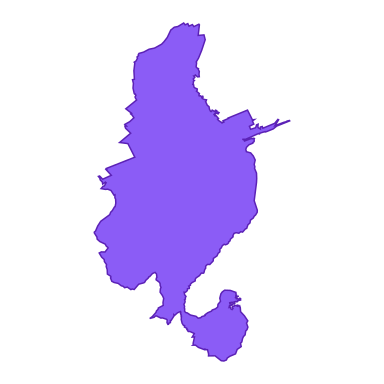 Brasov, Brasov, Romania (Natural Earth projection)
{"feature_id": "2599482B43115927474837", "entity_name": "Brasov", "entity_type": "district", "adm_level": 2, "iso_a3": "ROU", "parent_name": "Romania", "parent_adm1": "Brasov", "projection": "natural_earth1", "projection_center": [25.605, 45.626], "detail": "fine", "context": "isolated", "style": "filled", "palette": "violet", "viewbox_px": 384, "rotation_deg": 0, "n_neighbors": 0, "source": "geoboundaries", "source_scale": "gbopen_adm2", "svg_char_len": 6044}
<svg xmlns="http://www.w3.org/2000/svg" viewBox="0 0 384 384"><path d="M244.4,315.8L240.6,311.7L240.3,307.7L239.7,305.9L239.2,306.4L238.3,305.7L237.5,306.2L237.1,305.6L237.6,305.2L237.2,305.1L236.8,305.9L234.5,305.2L234.0,306.3L232.4,306.2L232.5,307.7L233.0,308.5L232.1,309.6L230.8,308.8L230.7,307.7L230.0,307.6L230.0,307.0L229.4,307.2L229.8,306.5L229.3,306.5L229.6,305.3L230.8,305.4L233.0,304.1L231.5,304.3L231.2,303.8L229.8,303.4L229.7,302.7L232.2,302.2L233.8,303.8L234.9,303.1L234.2,301.8L236.3,301.4L236.9,301.9L237.7,301.4L237.8,300.6L240.6,300.1L240.6,298.6L239.8,298.2L238.5,299.3L237.3,298.5L236.6,298.7L236.7,297.6L234.9,297.9L238.8,296.1L236.1,296.5L236.3,295.9L235.8,296.1L235.8,295.6L236.2,294.0L235.8,293.5L235.9,292.4L230.3,290.4L224.6,290.2L222.2,292.0L220.9,293.8L219.8,298.2L220.5,301.3L218.0,304.3L217.7,307.0L215.5,308.8L212.2,310.0L211.5,311.1L207.8,312.7L205.0,314.7L205.2,315.4L204.8,315.7L201.8,316.6L200.7,317.7L198.2,318.2L196.0,316.3L190.4,315.0L187.3,312.9L185.9,312.6L184.6,311.4L184.7,308.8L184.3,308.0L184.6,306.4L183.9,304.3L184.9,302.6L185.1,301.1L184.5,299.8L185.4,299.1L185.3,297.8L186.0,296.4L184.7,294.8L184.1,292.2L185.3,292.3L186.6,291.4L187.4,290.2L187.5,288.7L189.3,288.5L189.4,287.2L188.7,286.1L190.4,285.3L190.3,284.3L192.0,282.6L195.2,280.9L195.2,279.3L196.1,277.9L199.5,275.6L201.3,273.1L203.4,273.2L203.9,272.8L204.7,269.6L205.7,268.2L205.6,266.5L206.2,265.5L207.5,264.4L209.8,264.5L213.2,260.9L213.4,258.4L217.0,255.9L218.2,253.2L219.6,252.2L220.0,251.0L219.7,249.4L221.3,247.8L222.3,245.7L224.1,244.3L225.5,244.8L227.4,244.0L228.6,242.8L228.7,241.8L230.0,240.9L230.4,239.2L233.1,236.8L232.8,236.0L234.0,233.4L236.1,232.7L238.9,233.2L240.7,231.7L242.6,232.1L245.4,228.9L246.7,228.4L247.9,224.8L250.0,222.9L250.4,220.2L253.3,218.0L254.2,216.2L255.6,215.0L257.2,212.3L257.3,210.2L254.2,200.7L256.5,182.5L256.7,178.5L256.5,173.1L254.5,168.2L254.9,166.9L254.2,164.5L255.2,160.0L253.3,156.0L250.7,152.9L246.4,151.7L245.8,149.3L246.5,147.3L248.9,144.8L252.8,143.2L252.7,142.7L253.8,141.9L254.2,141.2L254.1,139.2L254.4,138.5L253.8,138.2L252.2,138.8L251.9,138.3L244.5,141.0L243.9,139.7L242.3,139.3L245.6,139.3L257.4,134.0L258.7,133.6L259.2,134.0L259.6,133.8L259.5,133.3L265.0,131.6L265.2,132.0L266.6,131.6L273.3,128.9L276.7,126.1L289.7,120.9L289.5,120.5L287.2,121.0L284.7,122.4L284.4,122.1L275.0,125.6L278.6,119.8L277.9,119.4L274.7,123.3L262.9,128.2L262.3,126.5L260.4,127.0L260.4,129.0L258.2,127.7L257.9,126.8L258.1,124.2L256.5,124.9L256.0,126.8L255.4,127.8L250.6,129.3L249.4,126.3L253.8,124.1L252.4,121.0L254.3,119.6L252.7,119.8L252.2,119.4L247.5,110.1L228.2,118.0L228.5,118.4L223.0,120.8L223.9,122.0L222.1,122.9L222.0,122.4L220.9,122.1L218.5,120.4L217.5,119.2L218.5,118.5L215.8,115.4L215.1,115.9L214.0,114.4L214.5,113.9L215.0,114.1L215.7,112.9L218.1,113.9L219.0,112.6L216.2,111.3L216.6,110.6L215.5,110.2L214.7,111.6L212.2,110.1L211.4,111.5L210.6,111.4L209.5,109.3L209.0,106.6L207.3,105.3L205.6,101.6L206.1,101.1L206.5,99.8L204.4,99.5L202.3,98.5L201.9,97.7L203.1,97.1L202.7,96.2L201.4,96.6L200.5,95.8L199.2,95.9L198.9,95.0L199.4,93.6L196.5,91.2L197.2,90.2L197.2,88.9L194.7,87.8L193.9,86.9L193.6,84.7L192.8,84.4L193.4,83.1L193.3,81.7L194.3,80.5L193.7,80.4L193.3,78.9L194.8,77.4L193.8,76.0L194.8,75.9L195.3,75.0L197.6,76.9L199.3,76.7L199.0,74.1L199.3,71.5L198.2,69.2L198.4,68.6L197.5,68.4L196.1,66.9L196.6,62.9L196.2,62.0L198.5,58.2L201.7,50.3L205.2,39.7L204.0,34.9L198.2,35.4L199.4,24.8L198.9,24.2L193.9,26.6L192.4,24.6L189.0,26.1L187.8,23.6L185.1,24.8L183.7,23.0L177.9,26.5L174.3,27.2L170.8,30.0L167.3,37.4L164.0,41.7L161.6,44.2L154.5,48.1L149.1,49.2L143.6,52.1L139.0,53.4L138.3,54.5L138.5,55.6L137.0,57.0L137.5,58.2L136.0,61.0L134.2,62.2L134.8,63.0L133.9,70.7L134.4,79.3L132.5,79.7L133.4,83.4L133.0,88.1L134.2,93.5L134.6,94.1L135.4,94.1L135.9,95.5L135.1,96.7L135.2,97.6L136.6,100.0L125.8,108.8L131.6,113.3L130.7,113.9L132.2,115.2L133.9,117.8L129.8,121.6L124.8,124.4L126.5,126.1L124.9,126.2L125.6,128.3L130.7,133.2L119.6,142.5L127.9,143.6L134.8,157.2L106.2,168.5L106.7,169.3L106.0,169.5L111.3,175.3L102.7,179.2L99.6,176.0L98.4,176.4L100.1,178.6L100.0,179.1L100.3,180.0L102.3,182.0L102.7,184.1L105.4,182.1L106.1,182.7L104.4,185.9L103.1,186.3L101.1,188.6L105.4,189.4L107.7,189.2L111.0,190.5L114.0,195.2L114.9,194.8L114.9,197.8L115.6,199.1L115.8,203.1L115.1,206.7L114.5,206.9L112.3,210.6L110.7,212.2L109.7,214.7L100.7,221.3L97.7,226.0L95.5,231.1L94.3,232.1L94.3,232.9L96.9,237.0L97.2,239.2L99.9,241.6L105.2,244.1L106.4,246.3L108.0,247.5L108.0,248.1L105.0,252.0L101.3,251.9L99.2,253.0L101.6,257.1L104.2,259.5L104.4,261.6L106.5,264.5L106.2,266.6L107.2,269.6L107.4,274.1L110.7,276.2L110.9,277.0L110.5,278.0L111.8,281.3L114.1,282.5L118.2,283.4L121.3,285.8L123.2,286.3L124.6,287.7L127.3,287.1L130.9,289.6L132.2,289.0L134.2,289.5L138.7,284.2L143.9,282.8L144.8,282.1L145.7,280.4L148.2,278.1L148.8,276.9L149.6,276.7L152.5,273.5L155.1,272.4L156.5,274.0L156.9,277.4L156.3,278.2L156.1,279.8L159.4,282.3L160.1,283.6L160.2,285.5L161.0,287.5L160.4,288.7L160.1,292.2L162.5,295.7L163.7,298.4L163.0,302.5L163.2,305.4L158.3,308.0L158.1,309.2L156.4,311.0L156.0,312.4L152.3,316.6L149.7,318.5L154.1,317.3L155.5,316.0L156.6,316.0L160.9,318.1L162.4,317.9L166.6,319.3L167.2,320.1L167.0,322.6L167.9,324.4L168.5,324.3L168.6,323.4L170.4,322.6L170.4,320.5L171.1,320.5L173.5,316.7L174.0,315.9L173.9,314.8L174.6,315.4L177.5,312.8L180.5,311.5L180.8,312.1L180.5,313.6L181.1,314.3L180.9,314.8L181.5,316.2L181.1,316.7L181.4,317.5L181.2,319.5L182.1,323.2L183.4,325.3L184.6,325.6L184.4,327.0L186.9,328.4L186.8,329.3L187.5,329.6L187.4,330.4L188.3,331.5L189.9,331.5L194.3,333.5L192.2,337.1L194.5,336.9L193.1,343.4L193.5,344.6L192.8,345.2L195.6,345.2L198.4,347.4L204.5,349.7L204.8,349.1L205.5,349.3L205.5,349.7L207.5,349.7L208.6,354.0L208.5,355.9L215.0,355.8L221.2,360.7L223.9,361.0L226.4,360.0L227.3,358.0L229.8,356.3L235.5,353.9L237.2,349.4L241.2,346.6L240.5,343.2L241.8,342.0L242.6,338.4L243.5,336.5L245.1,334.9L245.7,331.0L247.0,329.7L247.9,327.1L246.5,323.1L247.8,320.9L244.4,315.8Z" fill="#8b5cf6" stroke="#5b21b6" stroke-width="1.5"/></svg>